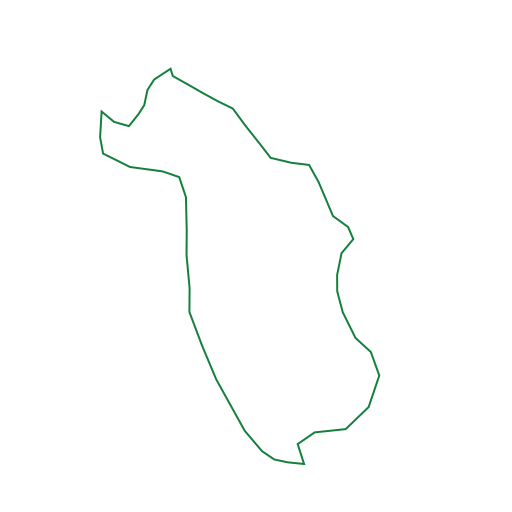 Tavrou, Cyprus (orthographic projection), rotated 61°
{"feature_id": "46923920B83443733114652", "entity_name": "Tavrou", "entity_type": "district", "adm_level": 2, "iso_a3": "CYP", "parent_name": "Cyprus", "parent_adm1": "", "projection": "orthographic", "projection_center": [34.075, 35.395], "detail": "fine", "context": "isolated", "style": "outline", "palette": "green", "viewbox_px": 512, "rotation_deg": 61, "n_neighbors": 0, "source": "geoboundaries", "source_scale": "gbopen_adm2", "svg_char_len": 787}
<svg xmlns="http://www.w3.org/2000/svg" viewBox="0 0 512 512"><g transform="rotate(61 256 256)"><path d="M50.8,240.0L52.3,259.6L58.2,270.5L69.9,280.6L74.9,289.9L80.8,304.2L69.9,315.1L54.8,321.0L76.6,334.8L92.3,340.1L117.1,323.0L136.7,296.7L149.8,284.9L170.7,288.8L200.8,304.6L221.7,316.4L251.8,329.6L272.7,341.4L308.1,346.6L344.7,350.6L382.6,350.6L403.5,350.6L417.9,347.7L429.7,345.3L442.8,338.7L451.9,328.2L461.2,314.8L440.7,310.7L438.7,290.2L450.9,261.5L442.7,230.7L420.3,206.1L395.7,202.1L376.0,208.7L347.3,207.4L326.3,202.1L312.0,194.3L295.0,179.8L288.4,162.7L275.3,161.4L258.4,169.3L221.7,165.4L202.1,165.4L191.7,179.8L177.3,195.6L160.3,198.2L136.7,202.1L115.8,204.8L102.7,214.0L88.4,223.1L75.3,231.0L58.3,241.5L50.8,240.0Z" fill="none" stroke="#15803d" stroke-width="2"/></g></svg>